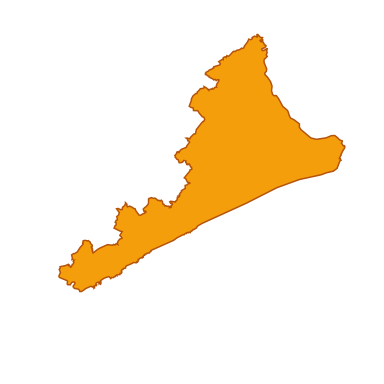 the district of Lázaro Cárdenas, Michoacán, Mexico, rotated 318°
{"feature_id": "50627088B38874433306118", "entity_name": "Lázaro Cárdenas", "entity_type": "district", "adm_level": 2, "iso_a3": "MEX", "parent_name": "Mexico", "parent_adm1": "Michoacán", "projection": "orthographic", "projection_center": [-102.462, 18.083], "detail": "fine", "context": "isolated", "style": "filled", "palette": "amber", "viewbox_px": 384, "rotation_deg": 318, "n_neighbors": 0, "source": "geoboundaries", "source_scale": "gbopen_adm2", "svg_char_len": 6042}
<svg xmlns="http://www.w3.org/2000/svg" viewBox="0 0 384 384"><g transform="rotate(318 192 192)"><path d="M338.6,141.6L338.9,139.8L341.2,138.6L342.0,137.0L343.8,135.9L343.5,135.4L341.9,135.4L339.1,134.3L339.0,133.1L339.8,132.3L342.8,133.5L344.8,133.0L344.9,131.9L344.3,131.2L345.1,128.8L344.9,127.9L343.7,126.2L343.8,125.0L344.5,124.8L344.8,126.2L345.7,127.0L346.5,126.1L346.2,125.3L346.4,124.7L347.7,124.4L346.3,122.8L346.3,119.1L345.8,118.5L345.3,118.6L344.7,120.2L344.1,120.4L342.7,118.0L340.1,117.4L339.5,118.4L337.5,118.1L336.5,116.4L333.8,117.6L328.3,118.7L327.3,119.5L325.8,119.3L325.0,118.2L323.7,118.3L322.2,117.9L320.0,116.6L318.0,116.5L317.3,115.4L316.5,115.2L310.8,115.7L309.7,115.3L309.2,114.0L307.5,114.9L307.3,113.9L306.5,113.4L305.1,113.1L303.9,114.4L303.8,113.8L299.1,113.0L298.9,115.7L297.7,116.2L292.0,113.5L291.2,114.3L290.6,113.9L289.6,114.1L286.7,113.0L284.5,113.0L283.0,112.5L281.4,112.7L280.6,113.7L281.4,114.3L281.2,115.7L282.1,117.3L281.6,118.0L283.2,122.3L283.1,123.2L284.8,124.1L284.5,125.4L285.8,125.6L286.9,126.2L287.0,126.8L285.6,127.6L282.9,128.3L280.8,129.6L280.4,130.6L278.6,129.4L277.1,129.9L276.3,129.3L276.4,128.6L274.8,128.5L274.6,128.0L273.3,127.5L272.8,126.6L272.5,127.1L272.4,124.5L271.5,121.7L270.8,122.6L269.6,122.4L267.3,120.8L264.3,121.3L263.1,121.1L261.6,122.1L260.6,121.3L256.8,121.3L253.7,122.5L253.2,123.3L247.3,126.4L247.9,128.6L249.1,130.3L247.6,132.5L250.7,135.5L250.1,138.4L250.0,143.0L250.8,144.4L249.9,146.8L247.8,147.3L247.4,146.9L245.2,147.1L237.0,148.5L233.5,151.1L232.2,150.1L227.2,150.4L226.0,151.1L224.5,148.7L223.7,148.1L224.0,149.7L223.1,151.2L223.7,152.1L223.7,153.3L218.8,154.3L217.6,155.0L212.8,153.2L211.0,153.2L208.7,154.0L208.2,153.5L208.7,152.8L207.4,152.2L206.1,153.1L203.6,153.4L203.5,154.4L202.7,155.1L202.9,156.5L202.6,157.3L203.3,158.8L202.1,161.7L203.2,162.7L204.9,163.5L207.0,163.0L208.3,164.9L207.1,165.8L207.2,166.9L206.5,168.1L206.7,168.5L207.7,168.4L208.0,169.5L208.8,169.6L208.1,171.3L207.8,172.8L208.2,173.3L207.0,175.0L205.4,174.2L204.1,175.0L195.7,176.3L196.2,178.0L195.2,181.6L196.2,183.0L196.4,184.0L195.8,184.0L194.8,183.3L192.8,183.3L191.3,182.5L189.4,184.8L185.1,183.9L184.4,184.8L182.9,184.8L181.1,185.3L181.0,186.0L180.5,185.8L180.0,186.4L179.0,185.8L179.1,186.7L177.7,186.2L177.7,186.8L176.8,186.8L176.2,187.5L174.8,188.0L173.5,187.8L173.0,188.3L170.0,184.6L168.9,184.4L168.5,186.2L169.7,186.8L169.7,187.2L169.1,187.5L168.9,188.2L166.2,188.3L166.4,189.3L165.8,189.3L164.7,188.5L165.3,188.1L165.4,187.2L163.4,185.4L163.4,184.7L162.4,183.9L162.9,182.4L162.3,181.7L163.7,179.0L163.7,177.5L162.3,177.3L161.9,176.0L160.8,175.3L160.9,173.5L160.4,172.6L160.4,171.7L158.9,170.7L158.0,168.9L156.5,168.7L156.0,168.0L155.0,168.1L152.6,170.8L151.2,171.7L148.2,172.2L146.5,171.9L144.3,172.1L143.3,174.4L143.8,175.1L144.6,175.0L144.7,175.7L144.4,176.1L142.2,176.0L141.2,175.4L138.0,174.8L137.2,173.6L137.7,168.5L138.5,166.3L137.4,164.9L137.6,164.0L136.2,160.7L134.1,159.9L134.4,158.3L135.0,158.2L135.5,157.2L135.4,155.4L134.4,156.5L131.5,157.1L130.4,156.8L128.2,158.3L127.1,157.3L126.1,154.8L124.7,154.0L124.2,158.7L121.9,160.0L119.6,159.9L118.3,162.4L117.4,162.7L116.7,162.3L114.7,163.1L115.0,164.1L113.7,165.6L112.2,165.6L109.9,166.7L112.4,172.9L113.6,174.7L109.3,176.0L109.4,178.5L108.9,179.6L106.8,178.6L104.5,179.0L102.4,179.9L101.7,181.4L101.2,179.9L100.6,179.6L99.3,179.9L98.6,178.4L97.3,178.4L94.0,174.6L85.9,172.0L83.3,171.5L78.0,171.2L77.6,170.8L78.0,170.2L78.3,170.3L78.5,169.0L79.0,169.0L79.6,168.1L79.4,167.8L80.0,167.6L80.1,166.0L80.6,165.4L81.2,165.9L82.3,164.7L82.1,162.2L82.8,161.3L82.4,158.7L81.6,158.4L80.2,156.4L78.5,155.4L76.6,156.9L76.9,157.1L76.2,157.9L71.6,158.4L66.5,159.8L63.2,159.1L62.8,158.5L60.4,158.2L58.7,161.3L57.8,161.8L58.5,162.0L58.1,163.7L58.5,163.9L57.2,164.2L57.1,165.3L55.1,166.1L54.6,165.7L52.5,166.8L51.4,166.6L52.0,164.5L51.8,163.6L51.1,163.8L51.5,162.9L48.6,162.0L44.0,159.2L43.2,160.3L41.6,160.6L40.4,163.8L36.8,165.4L36.3,166.8L39.9,174.4L39.7,175.1L37.7,176.8L37.6,177.7L39.4,179.5L42.1,178.8L43.5,179.3L44.3,180.3L44.3,181.1L43.6,181.8L41.0,182.3L40.3,182.8L40.0,183.7L40.2,185.1L42.4,187.9L42.7,189.4L42.0,190.8L43.4,192.1L48.6,192.7L53.6,194.3L54.4,195.2L54.1,196.2L54.5,195.8L54.7,196.6L54.9,196.1L55.3,196.3L55.0,197.1L55.4,196.8L55.2,197.9L55.5,198.0L55.9,197.1L57.0,196.6L58.3,197.6L59.0,197.2L58.4,196.6L59.5,195.7L61.1,195.8L62.3,196.5L61.6,197.8L62.5,197.5L62.7,197.8L62.2,198.6L62.3,199.3L63.5,198.8L63.8,197.9L64.2,197.8L64.1,196.9L64.9,196.7L68.8,197.2L73.1,198.9L73.7,199.6L73.7,202.0L75.0,201.7L76.3,203.0L77.7,203.0L78.3,203.5L79.0,203.1L79.9,203.3L80.2,204.0L80.8,203.3L83.2,205.1L84.0,204.3L84.8,205.1L85.9,204.9L86.1,204.1L86.7,203.9L86.7,203.4L87.5,202.9L89.0,203.4L89.7,202.9L91.7,204.1L92.8,203.1L93.8,203.0L99.4,204.9L101.4,205.3L103.2,207.3L104.4,206.8L104.8,207.0L104.7,207.6L105.6,207.4L106.9,206.2L107.4,206.7L108.3,206.3L109.5,206.5L110.9,207.7L111.5,207.1L112.1,207.8L113.5,206.7L114.5,207.4L115.0,206.8L116.2,207.0L116.8,207.6L117.6,207.4L119.6,208.8L120.7,208.4L121.7,208.7L121.9,208.1L122.8,208.1L146.0,215.6L150.5,216.1L156.9,217.8L157.4,218.5L158.4,218.3L159.6,218.5L160.1,219.1L160.5,218.8L161.5,219.0L161.8,219.8L162.9,219.9L163.5,221.0L164.8,220.4L165.6,220.9L167.7,220.7L168.4,221.2L171.4,221.7L172.4,221.2L174.0,221.1L179.6,222.4L224.6,236.6L258.0,245.6L280.2,254.6L299.5,265.6L304.8,267.7L311.0,271.1L315.6,271.5L321.9,268.3L323.4,267.8L324.0,268.1L324.5,266.4L323.8,265.9L324.0,265.5L327.6,264.3L327.7,263.9L331.4,262.4L334.9,261.4L336.2,260.2L336.2,259.6L335.4,259.1L335.8,255.6L337.5,255.1L337.9,254.5L336.6,252.2L336.5,249.4L335.9,245.6L333.3,243.4L327.9,241.5L319.7,236.1L316.5,231.4L314.7,218.7L315.2,215.6L317.4,213.3L316.1,206.4L314.7,203.0L315.3,200.7L317.3,196.2L317.5,194.8L316.7,189.1L318.8,180.6L319.1,176.9L318.9,176.4L317.5,175.5L317.2,174.1L317.4,172.9L318.9,169.9L322.4,166.8L324.2,162.5L324.9,157.4L324.8,153.3L326.1,152.2L327.9,152.1L329.8,150.6L332.1,144.3L333.5,142.4L334.7,141.8L338.6,141.6Z" fill="#f59e0b" stroke="#b45309" stroke-width="1.5"/></g></svg>